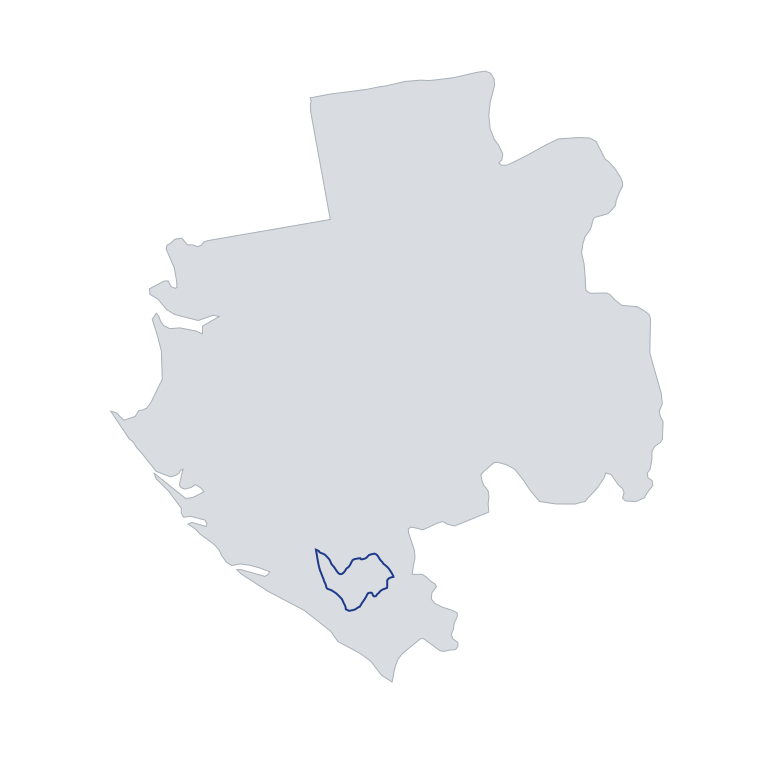 location of Mougoutsi, Nyanga, Gabon, rotated 350°
{"feature_id": "22940354B37590085186432", "entity_name": "Mougoutsi", "entity_type": "district", "adm_level": 2, "iso_a3": "GAB", "parent_name": "Gabon", "parent_adm1": "Nyanga", "projection": "mercator", "projection_center": [10.923, -2.753], "detail": "fine", "context": "in_parent", "style": "outline", "palette": "blue", "viewbox_px": 768, "rotation_deg": 350, "n_neighbors": 0, "source": "geoboundaries", "source_scale": "gbopen_adm2", "svg_char_len": 4905}
<svg xmlns="http://www.w3.org/2000/svg" viewBox="0 0 768 768"><g transform="rotate(350 384 384)"><path d="M545.3,102.5L544.8,109.1L537.3,125.4L533.8,137.9L532.9,151.2L535.0,161.9L538.6,169.5L540.9,177.9L539.1,183.7L535.5,186.1L538.0,189.1L543.4,189.8L552.8,187.2L567.1,182.8L585.8,176.4L598.1,172.9L618.5,175.1L629.4,177.5L635.0,182.0L641.0,201.2L643.9,204.1L648.9,212.2L653.0,222.0L653.9,226.9L653.4,230.5L649.3,235.8L644.6,243.5L643.0,248.2L639.1,251.7L634.1,255.2L620.5,256.5L618.4,258.6L614.6,266.9L607.5,273.9L604.2,280.5L601.3,289.3L601.9,300.3L600.4,316.0L599.0,326.7L602.6,330.4L618.8,333.0L622.0,335.1L626.3,341.7L631.8,347.9L646.7,351.8L652.5,356.6L657.2,361.7L657.8,366.0L654.4,383.1L651.2,399.5L652.4,412.0L653.6,424.0L655.4,441.3L654.6,452.0L650.4,458.4L650.4,463.5L652.3,469.6L648.6,486.6L646.2,489.4L639.6,492.6L636.1,497.1L634.9,504.3L631.4,514.0L627.7,517.6L627.7,522.2L631.2,525.5L631.2,530.6L624.5,536.6L620.5,541.3L611.7,543.5L601.5,541.1L599.1,537.8L601.6,532.5L600.7,528.3L597.2,523.9L591.8,512.5L587.0,510.1L584.3,514.8L576.1,523.4L561.5,534.5L551.3,535.4L532.5,532.0L516.7,526.7L509.3,513.7L504.6,503.0L497.9,490.5L490.3,484.6L482.2,480.8L478.6,480.6L467.1,487.5L463.6,490.2L463.7,496.1L464.7,501.5L466.5,504.1L468.0,507.6L467.8,513.0L465.7,520.3L465.0,528.3L428.8,536.1L422.5,533.3L418.0,529.7L412.5,530.3L396.8,534.4L391.0,531.6L385.3,529.5L382.7,531.2L382.4,534.6L385.1,553.5L384.3,560.6L380.7,570.0L378.9,576.4L388.5,578.1L391.9,581.1L395.3,585.8L400.0,590.3L400.3,592.9L395.0,597.8L393.2,603.9L395.7,608.6L402.2,613.6L411.8,618.7L416.4,622.1L416.0,625.2L411.6,631.7L409.9,637.3L406.8,642.3L407.5,646.9L411.8,651.2L411.3,655.1L408.4,658.0L402.4,657.4L397.4,657.8L392.9,656.6L378.8,641.7L375.7,641.2L355.2,652.7L350.1,657.4L345.9,664.2L340.2,678.9L330.9,670.3L322.9,654.7L313.6,645.1L293.9,629.6L288.6,618.2L266.1,593.1L233.7,568.0L210.3,546.2L206.8,541.3L210.7,541.9L233.3,552.8L236.4,551.6L239.0,549.1L229.3,543.4L219.9,539.0L211.2,536.2L202.5,536.4L197.6,531.8L194.4,524.8L192.8,518.8L188.9,512.5L176.5,499.6L173.5,494.6L166.7,487.8L170.8,486.9L184.1,493.4L185.3,490.8L184.2,487.0L170.8,480.8L163.5,480.4L161.9,476.1L162.8,471.0L153.3,452.2L143.4,438.1L141.8,431.5L168.6,462.1L172.2,462.6L176.9,462.3L188.0,458.9L185.8,454.8L180.8,450.4L176.0,452.4L169.7,452.9L166.4,451.0L164.9,447.9L171.2,433.0L168.5,433.7L166.5,436.4L163.0,437.7L157.7,438.4L144.5,430.5L132.8,409.0L129.8,404.5L126.7,397.1L123.6,394.0L110.2,363.4L115.3,365.7L121.4,374.5L133.3,372.7L137.9,367.5L141.9,367.7L146.1,366.6L151.3,361.7L166.5,340.7L170.5,312.9L169.2,296.4L167.0,280.0L172.0,274.8L174.0,278.3L175.0,284.1L177.3,288.4L182.7,292.3L192.8,293.3L208.3,299.3L213.9,303.2L215.4,295.5L233.3,288.9L227.9,286.6L212.0,289.2L190.1,279.3L182.9,273.1L176.2,261.3L169.1,255.1L169.6,249.5L185.3,244.4L189.4,245.0L191.1,251.1L195.3,253.6L196.9,252.8L197.6,247.5L197.7,233.5L192.9,213.4L194.4,209.6L198.6,208.2L202.5,205.5L205.1,205.0L210.4,205.5L213.1,210.2L214.5,212.7L219.9,213.9L224.3,216.4L228.1,215.7L231.2,212.8L235.8,212.2L250.1,212.3L263.0,212.3L288.8,212.4L314.5,212.5L340.3,212.6L359.7,212.6L359.6,201.2L359.5,183.5L359.4,162.5L359.3,142.4L359.2,123.9L359.1,101.9L360.1,95.6L361.4,93.0L360.9,89.4L380.9,89.1L417.0,90.8L432.7,90.5L437.2,90.8L456.9,89.7L472.9,91.1L479.7,92.7L485.8,93.4L504.9,94.4L529.9,93.2L538.3,93.5L543.0,96.5L545.3,102.5Z" fill="#d9dde1" stroke="#a8b0b8" stroke-width="1"/><path d="M310.1,601.3L313.7,601.3L316.3,601.0L318.5,600.1L319.9,599.4L321.4,599.2L322.8,597.6L324.5,595.6L325.5,594.7L327.8,592.3L329.5,590.3L330.8,588.6L331.6,587.5L333.2,587.0L335.5,587.4L336.1,588.3L336.4,590.3L337.2,591.4L339.1,591.5L341.1,589.6L342.7,588.8L344.2,587.4L345.6,586.7L347.1,586.1L349.5,585.7L351.6,585.3L352.0,583.9L352.5,581.1L353.0,578.3L353.7,577.1L355.4,576.1L357.2,575.7L359.8,575.6L359.7,574.3L358.7,571.4L358.0,569.7L357.1,567.6L356.1,565.7L354.7,563.8L353.3,562.1L352.3,561.1L351.8,560.0L351.1,558.5L350.4,557.7L349.5,556.0L348.3,552.9L347.4,551.2L346.3,550.1L345.1,549.4L341.9,549.5L339.4,549.9L338.1,550.9L336.6,552.0L335.0,552.6L333.3,552.8L331.3,552.8L330.6,552.3L330.5,551.5L329.3,551.3L326.3,551.3L323.6,551.5L322.4,552.1L320.8,554.1L319.0,556.5L317.2,558.2L315.7,558.8L314.4,559.7L313.4,561.1L311.8,562.5L310.0,563.6L308.7,563.7L307.7,563.6L306.6,562.8L305.5,561.1L304.5,559.0L303.2,555.9L302.1,554.0L300.9,552.0L300.5,550.0L300.1,548.3L299.2,546.3L297.9,544.4L296.8,542.7L295.7,541.4L294.2,540.4L293.1,539.8L291.9,539.0L291.3,538.4L290.8,537.2L289.8,536.4L288.2,535.4L288.1,547.7L288.2,551.5L288.4,554.2L288.7,556.9L289.2,558.9L289.6,561.2L290.0,563.2L290.5,565.1L290.7,567.1L291.0,568.7L291.5,570.1L291.8,571.7L291.9,573.0L291.9,574.2L292.3,575.3L293.0,576.0L294.6,576.9L296.6,578.1L300.5,581.8L302.3,584.2L303.9,586.5L305.3,588.7L306.3,592.8L307.1,595.3L307.4,597.2L307.3,598.6L307.3,599.2L308.8,600.3L310.1,601.3Z" fill="none" stroke="#1e3a8a" stroke-width="2"/></g></svg>